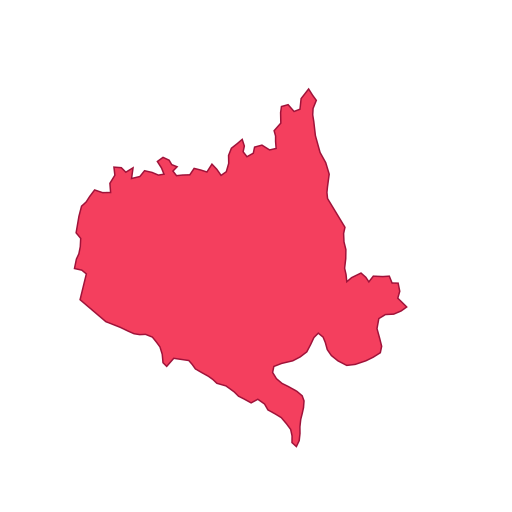 the district of Iraceminha, Santa Catarina, Brazil, rotated 225°
{"feature_id": "56859067B41079605660592", "entity_name": "Iraceminha", "entity_type": "district", "adm_level": 2, "iso_a3": "BRA", "parent_name": "Brazil", "parent_adm1": "Santa Catarina", "projection": "robinson", "projection_center": [-53.33, -26.856], "detail": "fine", "context": "isolated", "style": "filled", "palette": "rose", "viewbox_px": 512, "rotation_deg": 225, "n_neighbors": 0, "source": "geoboundaries", "source_scale": "gbopen_adm2", "svg_char_len": 2278}
<svg xmlns="http://www.w3.org/2000/svg" viewBox="0 0 512 512"><g transform="rotate(225 256 256)"><path d="M335.4,399.2L328.7,390.9L331.3,385.1L340.3,385.7L343.7,379.7L340.0,374.8L332.4,367.5L331.8,357.4L327.0,354.7L323.0,350.7L317.8,346.3L321.4,340.6L330.2,338.6L334.0,332.0L330.6,326.8L332.6,319.8L338.8,320.6L342.0,325.5L348.2,328.7L348.7,322.4L349.6,314.8L346.5,307.7L340.8,302.2L336.6,294.6L337.7,288.3L345.1,289.6L352.1,289.8L350.1,280.7L355.7,277.8L361.7,274.2L360.2,266.6L365.1,261.4L369.0,256.6L374.8,257.3L374.9,263.3L380.2,261.0L385.2,262.3L391.5,260.0L392.6,253.1L385.0,251.4L378.9,248.8L382.2,244.2L388.6,241.6L395.1,237.5L394.3,230.1L398.8,222.8L405.3,231.4L407.3,223.2L413.7,223.2L419.3,218.4L412.9,213.3L410.7,204.1L403.7,198.1L409.3,192.3L416.8,188.6L415.7,180.6L414.3,174.1L414.6,167.9L409.3,158.9L399.6,145.2L392.4,144.5L386.8,138.3L382.8,132.3L380.8,126.8L375.5,118.8L369.2,122.8L363.3,123.4L349.5,100.7L315.7,103.4L301.5,109.6L293.2,112.5L287.3,114.8L282.6,118.2L278.7,122.5L271.9,125.4L265.4,124.7L259.6,123.8L252.8,120.2L246.3,114.8L241.1,114.8L241.8,125.5L229.6,134.6L224.3,134.2L219.0,133.3L211.9,135.2L204.6,137.3L199.0,138.2L193.7,138.3L185.4,142.9L175.3,144.5L169.2,144.5L163.5,146.4L155.6,148.7L153.4,156.0L145.3,157.4L138.7,155.6L130.8,157.9L123.8,159.6L115.5,158.9L108.9,157.9L103.3,154.3L98.6,149.5L92.7,149.8L94.9,156.0L99.4,161.6L104.2,166.3L108.9,172.2L112.0,177.4L115.2,182.4L119.6,187.5L124.5,189.8L131.5,189.2L140.7,186.6L147.5,184.3L154.8,183.7L161.9,185.4L165.3,190.5L161.9,198.2L155.9,207.9L153.4,215.9L152.3,224.1L154.9,232.4L157.4,239.3L157.4,245.5L151.2,246.1L145.9,243.9L139.4,240.2L132.3,238.9L123.9,239.8L114.5,242.8L109.2,249.5L104.2,259.6L101.6,267.2L99.7,275.5L103.3,281.0L110.3,285.2L119.1,290.2L124.9,298.6L123.1,306.1L117.5,312.3L114.5,319.8L113.4,326.5L119.1,326.5L125.9,326.4L129.4,332.7L136.3,337.3L140.7,333.1L147.5,336.0L151.8,331.1L158.8,324.7L157.9,317.5L163.3,318.6L169.7,318.2L173.1,308.3L173.6,302.0L179.3,306.6L184.7,310.0L190.6,317.5L197.0,324.1L203.8,328.2L210.0,333.9L213.4,339.2L246.0,347.2L250.8,351.1L254.4,355.5L262.1,365.6L272.7,371.3L283.9,374.5L299.1,383.1L310.2,391.9L315.7,395.9L320.0,400.7L323.4,408.7L329.8,409.7L336.9,411.3L335.4,399.2Z" fill="#f43f5e" stroke="#9f1239" stroke-width="1.5"/></g></svg>